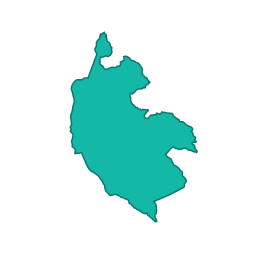 the district of Cabanas, La Paz, Honduras, rotated 336°
{"feature_id": "27666195B79825163063269", "entity_name": "Cabanas", "entity_type": "district", "adm_level": 2, "iso_a3": "HND", "parent_name": "Honduras", "parent_adm1": "La Paz", "projection": "natural_earth1", "projection_center": [-88.001, 13.995], "detail": "fine", "context": "isolated", "style": "filled", "palette": "teal", "viewbox_px": 256, "rotation_deg": 336, "n_neighbors": 0, "source": "geoboundaries", "source_scale": "gbopen_adm2", "svg_char_len": 5852}
<svg xmlns="http://www.w3.org/2000/svg" viewBox="0 0 256 256"><g transform="rotate(336 128 128)"><path d="M145.3,31.1L144.9,31.1L144.1,30.9L143.2,31.6L142.6,31.7L142.3,31.6L141.7,31.1L141.2,31.0L140.8,31.7L140.6,32.5L140.3,32.6L140.0,32.3L139.9,32.4L139.4,33.0L139.0,34.0L138.3,34.5L137.9,35.1L135.8,35.6L134.8,36.4L134.1,36.7L133.1,39.2L132.5,39.9L132.0,40.8L131.7,41.2L131.1,41.3L130.6,41.7L130.0,42.3L129.7,43.0L129.5,43.8L129.5,45.5L129.7,46.6L129.5,47.7L129.3,48.2L111.9,66.0L109.6,65.0L108.5,64.7L107.6,64.7L105.6,65.1L104.9,65.0L102.9,64.0L101.2,63.3L100.6,63.2L99.2,63.5L97.2,64.3L95.1,65.6L93.6,67.0L92.1,69.2L91.6,73.7L90.8,77.4L90.7,79.0L89.9,81.7L89.4,82.4L88.7,83.4L86.5,85.8L85.1,88.2L83.8,90.0L82.0,92.0L80.7,93.2L79.8,95.2L79.1,98.3L78.0,101.5L77.7,102.0L77.2,102.3L76.9,102.8L76.1,103.2L75.5,103.9L75.5,105.6L75.3,106.2L75.1,106.5L74.5,106.8L74.2,107.2L74.2,108.1L75.1,110.9L75.1,111.5L74.9,112.1L73.6,114.4L71.6,116.4L71.1,117.2L70.7,118.4L70.6,119.8L70.4,120.6L70.1,121.2L69.7,121.6L69.5,122.0L69.6,122.3L69.9,122.5L69.9,123.3L70.8,125.1L71.0,125.8L70.6,127.3L70.3,127.9L69.7,128.6L69.2,129.9L75.5,131.7L75.2,145.0L75.5,145.6L75.5,148.6L76.0,150.5L76.7,152.3L77.2,153.1L78.9,155.0L79.2,155.7L81.1,159.0L81.8,160.9L82.0,162.0L82.1,163.2L82.7,165.6L82.8,167.4L82.7,168.9L83.5,171.1L82.4,173.1L82.5,174.1L82.2,175.5L82.1,176.5L82.4,177.7L83.1,179.0L83.8,181.6L84.3,182.3L85.2,182.7L87.0,183.1L89.1,183.2L89.5,183.4L92.1,186.0L93.1,187.5L93.7,188.7L95.8,190.1L96.2,191.2L97.2,191.9L98.7,193.7L98.9,194.1L99.0,194.4L98.9,195.5L98.5,196.6L98.6,197.3L98.9,197.9L99.5,198.3L99.8,198.8L100.1,199.6L100.2,200.7L100.7,201.7L101.1,203.0L101.5,203.8L102.3,204.4L103.0,205.9L104.0,207.2L105.0,208.2L106.8,211.2L107.9,212.6L108.8,213.3L110.1,213.3L110.5,213.5L110.6,213.8L110.5,215.5L112.0,218.1L113.9,222.7L114.3,223.3L114.5,224.1L114.7,224.5L115.1,224.8L115.8,224.8L116.2,225.1L116.5,224.1L116.5,220.9L116.6,219.6L116.9,218.8L117.3,218.3L118.9,217.5L119.5,217.0L120.4,215.2L121.9,211.3L122.2,209.9L122.2,208.2L122.0,206.7L121.6,205.6L139.8,205.9L141.5,205.7L149.2,205.3L152.5,205.0L154.1,205.0L154.9,204.8L155.7,204.3L157.1,201.7L159.6,200.4L159.9,199.2L159.8,197.2L159.5,196.3L158.5,194.5L158.4,193.4L158.4,192.9L158.7,192.2L159.5,190.7L159.6,190.1L158.7,188.3L158.5,187.5L158.3,187.2L158.3,186.5L158.1,185.6L157.8,184.8L156.7,182.7L156.1,181.9L155.4,181.3L154.9,180.3L154.6,176.4L154.6,175.6L154.7,174.4L154.6,173.7L154.0,172.7L153.0,171.6L152.1,170.0L151.9,168.8L151.3,167.6L159.2,164.0L160.6,163.7L161.5,163.8L162.0,164.0L162.4,164.6L162.7,165.1L163.0,165.8L163.3,166.3L164.5,166.9L165.8,168.4L167.3,168.7L168.0,169.0L169.2,169.1L170.0,169.0L170.6,169.2L171.8,169.4L172.5,169.8L173.0,170.5L173.5,171.4L173.9,172.4L174.1,172.8L174.4,173.0L175.6,173.5L175.9,173.9L176.5,174.2L177.5,175.4L178.2,175.9L178.5,176.5L178.9,176.9L180.0,177.1L180.3,177.3L180.3,177.7L180.4,177.9L180.5,178.3L180.9,178.3L181.2,178.0L181.6,177.1L181.6,176.2L180.9,174.8L180.8,174.3L181.0,173.2L181.5,172.5L181.6,171.0L181.3,170.1L180.3,168.7L180.2,168.4L180.3,168.0L180.6,167.6L181.1,167.5L181.6,167.6L183.4,168.4L184.1,168.5L184.6,168.3L184.8,168.2L184.8,167.9L184.2,166.8L184.2,165.9L184.5,165.5L185.5,164.7L185.8,164.1L185.8,163.9L185.1,162.9L184.9,162.4L184.8,160.7L185.2,158.4L184.5,157.2L184.4,156.7L184.6,156.4L185.8,156.3L186.4,155.7L186.8,154.8L186.5,153.7L185.9,152.6L184.0,150.7L182.8,149.1L181.9,147.6L181.4,145.8L180.9,145.1L180.4,144.5L179.6,144.0L177.9,143.5L177.5,143.2L177.4,142.7L178.0,141.8L178.0,141.3L176.1,138.7L174.6,135.6L174.5,135.0L174.3,132.9L174.1,132.4L172.8,132.0L172.3,131.6L169.5,130.1L168.1,128.8L167.1,128.3L165.4,127.1L164.9,127.3L163.8,128.4L163.3,128.6L162.8,128.4L162.0,127.5L161.4,127.1L160.5,126.2L160.2,126.2L159.8,126.3L159.1,127.3L154.0,125.5L151.4,126.8L150.2,127.3L149.5,127.2L148.8,126.8L148.0,126.1L147.7,125.2L147.7,124.0L148.1,123.3L148.8,122.5L148.9,122.2L149.1,122.1L149.5,122.0L150.2,122.2L150.4,121.6L150.3,121.4L150.5,121.2L151.2,121.3L151.8,121.0L153.3,120.5L153.7,120.1L153.6,119.4L153.4,119.1L152.2,118.9L151.4,118.3L149.3,117.3L148.8,116.9L147.9,117.1L147.3,117.1L146.8,115.7L145.8,115.5L145.3,115.0L144.9,113.2L144.7,113.1L144.0,113.0L143.7,112.7L143.2,111.5L142.8,110.0L141.5,107.5L141.6,103.8L142.7,101.2L143.0,98.8L143.3,98.3L143.9,97.8L144.5,97.7L145.1,97.8L145.5,98.6L146.0,98.6L147.2,98.2L148.1,98.1L150.6,97.0L152.1,96.4L152.7,96.4L153.5,96.5L154.0,96.8L155.2,97.1L156.2,97.8L157.0,97.9L158.1,97.3L159.4,98.2L159.8,98.3L160.2,98.1L160.3,97.3L160.5,97.0L161.2,96.9L161.9,96.4L162.7,96.2L163.3,96.1L164.0,96.2L164.5,95.6L165.0,95.2L165.7,95.5L166.4,95.5L166.5,95.3L166.7,94.8L166.5,94.3L165.9,93.6L165.9,93.2L165.5,92.0L165.4,91.6L165.6,90.4L165.4,89.7L165.1,89.2L164.1,88.5L163.8,86.7L163.0,85.6L162.8,85.2L162.9,84.8L163.4,84.4L163.5,84.1L163.2,83.1L163.3,82.7L164.8,80.9L165.0,80.3L165.1,78.3L164.6,76.5L164.5,75.5L164.0,73.4L161.5,70.6L160.3,68.7L158.2,67.1L158.1,66.7L158.1,65.4L156.8,63.0L156.3,62.7L155.8,62.0L154.6,61.3L153.7,61.1L153.1,61.1L152.6,63.4L151.8,64.4L150.5,64.5L149.6,64.8L147.8,64.6L147.7,64.8L147.3,66.5L147.1,66.8L146.1,67.7L145.2,68.1L143.4,67.1L141.9,67.8L141.4,67.7L140.3,67.3L139.4,66.6L136.7,65.7L134.5,65.9L132.6,65.8L131.3,65.2L130.6,64.4L130.3,63.8L130.2,63.1L130.1,61.2L128.9,59.2L128.5,57.8L129.4,56.3L129.8,54.6L130.5,53.4L130.9,52.9L131.5,52.5L131.9,52.4L132.7,52.6L133.6,53.0L134.8,52.9L135.7,53.1L137.1,53.1L137.5,53.2L138.0,54.0L138.3,54.4L138.7,54.5L139.5,54.5L140.0,54.2L140.5,54.4L141.3,54.3L143.2,53.2L144.4,51.9L144.5,50.7L144.7,49.9L145.0,49.3L145.7,48.5L145.9,47.8L145.8,47.2L145.3,46.4L145.2,45.9L145.3,45.2L145.7,44.0L145.6,42.8L145.2,41.9L144.5,40.8L144.4,39.4L144.5,38.9L144.8,38.1L145.0,37.4L144.7,35.1L145.0,35.0L145.7,35.3L146.0,34.1L145.8,33.6L145.1,32.1L145.1,31.5L145.3,31.2L145.3,31.1Z" fill="#14b8a6" stroke="#0f766e" stroke-width="1.5"/></g></svg>